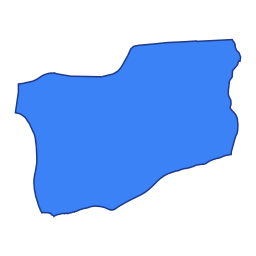 outline of Ahwar, Abyan, Yemen
{"feature_id": "15242507B84026195338374", "entity_name": "Ahwar", "entity_type": "district", "adm_level": 2, "iso_a3": "YEM", "parent_name": "Yemen", "parent_adm1": "Abyan", "projection": "equal_earth", "projection_center": [46.668, 13.683], "detail": "fine", "context": "isolated", "style": "filled", "palette": "blue", "viewbox_px": 256, "rotation_deg": 0, "n_neighbors": 0, "source": "geoboundaries", "source_scale": "gbopen_adm2", "svg_char_len": 5596}
<svg xmlns="http://www.w3.org/2000/svg" viewBox="0 0 256 256"><path d="M41.8,212.8L42.2,212.8L43.1,212.6L44.0,212.5L44.5,212.7L44.8,212.6L47.8,212.7L48.3,212.7L48.7,213.0L49.2,213.1L50.0,213.2L50.6,213.4L51.1,213.6L51.4,213.9L51.4,214.2L51.3,214.6L51.7,214.7L52.2,214.9L52.6,215.2L52.9,215.4L53.3,215.5L53.9,216.0L54.1,216.1L54.1,216.3L54.5,216.0L54.8,215.8L55.3,215.5L56.2,215.1L56.9,214.9L57.5,214.6L58.1,214.5L58.9,214.3L59.5,214.2L60.6,213.9L61.7,213.7L62.9,213.4L63.4,213.4L63.6,213.5L63.9,213.4L64.1,213.4L64.2,213.6L64.4,213.7L64.5,213.6L65.3,213.4L66.6,213.2L66.7,213.3L66.7,213.5L66.9,213.6L67.3,213.5L68.9,213.3L69.5,213.0L70.4,212.7L70.6,212.8L70.9,212.7L71.6,212.6L72.0,212.4L72.6,212.3L72.9,212.2L73.3,211.9L73.7,211.8L74.1,211.9L74.3,211.9L74.5,212.0L74.7,211.7L75.2,211.5L75.8,211.3L76.0,211.3L76.5,211.2L76.8,211.0L77.3,210.9L77.9,210.6L78.3,210.3L78.6,210.3L78.8,210.1L80.5,209.5L81.9,209.1L82.5,208.9L83.2,208.6L83.6,208.6L84.8,208.3L85.3,208.2L86.0,208.2L87.0,207.9L88.7,207.4L89.2,207.2L89.6,207.1L90.1,206.8L90.3,206.8L90.5,206.7L90.8,206.6L91.2,206.6L91.9,206.5L92.9,206.3L93.2,206.2L93.5,206.2L93.8,206.2L94.7,206.1L94.9,206.2L95.1,206.2L95.6,206.1L95.9,206.1L96.0,206.2L96.7,206.2L97.8,206.3L99.0,206.3L99.7,206.5L100.8,206.6L102.7,207.0L103.9,207.3L104.2,207.4L104.5,207.4L104.7,207.6L105.1,207.7L105.4,207.8L106.2,208.2L106.7,208.4L107.2,208.6L108.4,209.1L109.2,209.5L110.2,209.7L110.5,209.7L110.5,209.9L111.0,209.9L111.6,209.9L111.7,210.0L111.9,210.0L112.1,209.9L112.2,210.0L113.7,209.6L114.4,209.3L114.6,209.2L114.7,209.3L115.0,209.1L115.5,208.8L115.6,208.7L115.9,208.5L116.8,207.7L119.1,206.2L120.5,205.4L120.8,205.3L121.3,204.9L122.0,204.5L122.7,204.1L123.0,203.9L123.3,203.7L123.5,203.7L124.0,203.3L124.3,203.2L124.9,202.9L125.8,202.4L126.8,201.8L127.7,201.4L128.9,200.7L129.7,200.3L131.8,199.2L132.6,198.9L133.7,198.3L135.1,197.7L136.1,197.1L136.6,196.9L136.8,196.7L137.1,196.6L138.9,195.8L140.9,194.7L142.1,194.1L142.9,193.6L143.2,193.5L145.8,191.8L147.7,190.3L150.4,188.0L153.8,184.8L156.6,181.9L159.5,179.2L159.9,178.8L160.4,178.5L160.9,178.1L162.3,176.9L162.4,177.0L163.4,176.2L164.0,175.9L164.2,175.7L164.5,175.6L165.1,175.1L165.4,175.1L165.8,174.8L167.1,174.2L168.4,173.6L168.5,173.6L169.5,173.2L170.8,172.8L171.6,172.5L171.8,172.3L172.4,172.3L173.2,171.9L174.1,171.7L174.7,171.4L175.2,171.3L175.9,171.1L176.3,170.9L176.6,171.0L176.8,171.0L177.1,170.8L177.8,170.8L178.4,170.7L178.6,170.6L179.0,170.3L179.7,170.1L179.9,169.9L180.4,169.8L180.9,169.6L181.5,169.4L182.2,169.2L182.7,169.1L183.9,168.7L184.7,168.6L186.8,168.3L187.3,168.2L188.9,167.8L190.6,167.3L193.1,166.5L195.7,165.4L196.0,165.4L196.9,164.9L197.3,164.9L198.5,164.8L198.8,164.8L199.3,164.6L202.8,164.2L203.0,164.3L204.1,164.1L204.7,163.9L205.4,163.7L206.2,163.3L206.6,163.0L207.2,162.5L207.6,162.2L208.0,162.0L209.3,161.2L210.6,160.6L211.6,160.2L212.5,159.8L213.2,159.5L213.6,159.4L213.8,159.4L214.7,159.1L215.3,158.9L215.9,158.7L217.5,158.2L218.2,158.2L219.2,157.9L220.5,157.5L221.9,156.8L222.5,156.7L223.0,156.4L223.5,156.2L224.1,156.0L224.8,155.7L225.6,155.5L226.1,155.4L226.6,155.3L227.0,155.2L227.6,155.1L228.8,154.9L229.4,154.8L231.2,154.5L231.3,151.8L233.4,144.3L234.4,140.4L234.6,139.6L235.0,138.5L235.8,136.0L236.9,133.8L237.6,131.1L237.7,129.3L237.8,127.5L237.9,126.2L237.9,124.4L237.6,121.7L237.3,118.8L236.7,116.9L236.0,115.4L235.3,114.1L233.8,112.4L230.9,109.4L230.3,108.0L230.1,107.4L230.9,104.8L231.0,102.7L230.7,99.9L229.9,98.5L228.9,96.4L228.4,94.7L228.3,92.7L228.3,91.2L228.9,86.0L229.4,81.3L229.7,80.4L230.4,79.5L231.2,78.4L232.2,76.9L232.2,75.8L232.3,74.6L232.6,70.6L237.5,64.7L238.6,61.1L240.0,61.2L240.2,59.9L240.6,57.1L239.0,52.8L236.6,50.4L235.4,47.6L235.0,44.4L234.2,42.5L233.0,41.0L232.2,39.6L196.6,41.4L196.5,41.0L183.6,41.8L174.6,42.2L166.8,42.6L154.7,43.9L138.8,45.3L133.7,46.3L130.7,49.0L127.7,55.8L121.4,67.0L117.9,71.1L113.4,73.8L112.6,74.1L101.5,76.8L70.7,76.2L56.6,73.8L54.3,72.9L54.2,73.0L53.5,73.1L52.9,73.1L52.3,73.1L51.5,73.1L50.9,73.1L50.2,73.3L49.5,73.3L48.7,73.4L48.0,73.6L47.2,73.8L46.6,74.0L46.0,74.2L45.4,74.4L44.7,74.6L44.0,74.9L43.5,75.2L42.9,75.4L42.4,75.7L41.7,76.1L41.1,76.5L40.5,76.9L40.0,77.2L39.6,77.5L39.4,77.6L38.9,78.0L38.3,78.3L37.8,78.7L37.2,79.0L36.6,79.4L36.0,79.7L35.5,80.0L34.8,80.3L34.3,80.5L33.7,80.8L33.1,81.1L32.5,81.2L31.9,81.4L31.2,81.6L30.7,81.7L30.0,81.8L29.2,82.0L28.7,82.2L28.0,82.3L27.3,82.4L26.8,82.5L26.2,82.7L25.6,82.8L25.0,82.9L24.4,83.1L23.8,83.3L23.2,83.4L22.6,83.4L22.0,83.5L21.3,83.6L20.6,83.7L20.0,83.8L19.4,83.9L18.8,84.0L18.4,84.0L18.4,92.0L15.4,112.8L15.5,112.8L16.2,112.9L16.9,113.1L17.5,113.2L18.1,113.3L18.7,113.4L19.2,113.6L19.8,113.8L20.4,114.1L21.0,114.4L21.5,114.8L22.1,115.1L22.6,115.4L23.2,115.9L23.7,116.3L24.3,116.7L24.7,117.1L25.2,117.5L25.7,118.1L26.2,118.7L26.5,119.3L26.9,120.0L27.3,120.6L27.7,121.2L28.1,121.8L28.6,122.4L29.0,123.0L29.3,123.7L29.7,124.2L30.0,124.9L30.3,125.6L30.6,126.3L30.9,127.0L31.3,127.7L31.6,128.4L31.9,129.2L32.3,129.9L32.6,130.6L32.8,131.3L33.9,133.1L35.1,137.0L36.3,146.1L36.8,157.4L36.8,162.8L35.7,169.9L35.7,170.2L34.6,175.2L34.0,179.4L33.9,183.4L34.0,184.2L34.1,185.0L34.2,185.9L34.2,186.7L34.3,187.5L34.4,188.4L34.4,189.2L34.5,190.0L34.7,190.8L34.9,191.6L35.0,192.4L35.2,193.2L35.3,193.9L35.3,194.0L35.4,194.7L35.6,195.5L35.8,196.3L36.0,197.0L36.2,197.8L36.5,198.5L36.7,199.3L36.9,200.0L37.4,201.5L37.7,202.1L37.9,203.0L38.0,203.8L38.1,204.0L38.4,205.0L38.7,205.7L38.9,206.2L39.0,206.5L39.3,207.2L39.6,207.9L39.9,208.6L40.1,209.3L40.3,209.6L40.4,209.9L40.7,210.7L41.1,211.3L41.4,211.9L41.6,212.4L41.8,212.8Z" fill="#3b82f6" stroke="#1e3a8a" stroke-width="1.5"/></svg>